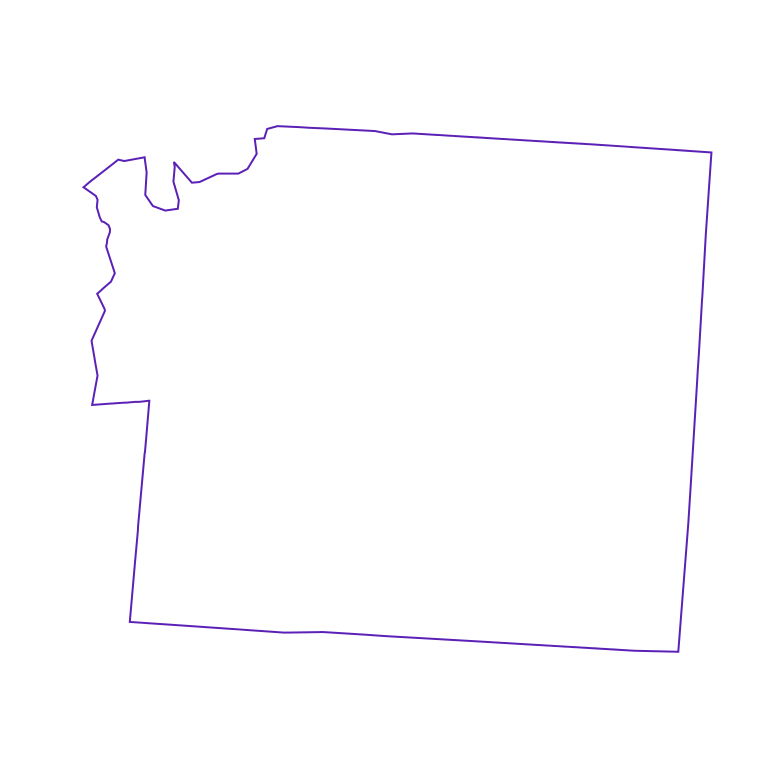 outline of Providence, Rhode Island, United States of America, rotated 185°
{"feature_id": "52423323B73822827864171", "entity_name": "Providence", "entity_type": "district", "adm_level": 2, "iso_a3": "USA", "parent_name": "United States of America", "parent_adm1": "Rhode Island", "projection": "albers", "projection_center": [-71.447, 41.872], "detail": "fine", "context": "isolated", "style": "outline", "palette": "violet", "viewbox_px": 768, "rotation_deg": 185, "n_neighbors": 0, "source": "geoboundaries", "source_scale": "gbopen_adm2", "svg_char_len": 1606}
<svg xmlns="http://www.w3.org/2000/svg" viewBox="0 0 768 768"><g transform="rotate(185 384 384)"><path d="M612.7,587.0L611.4,582.0L611.4,569.5L611.4,567.2L604.4,549.2L604.7,540.6L615.4,538.1L617.0,537.7L629.6,541.1L629.8,541.2L636.7,549.6L638.3,551.5L638.9,574.1L641.8,586.9L642.2,589.0L662.1,583.5L668.3,584.3L681.1,572.3L691.6,562.6L694.3,560.1L700.5,553.8L687.4,546.2L685.4,542.5L685.5,535.0L681.7,525.3L679.4,521.4L676.9,520.9L672.3,518.2L670.5,514.7L670.3,511.4L671.1,508.3L672.3,503.9L672.3,500.2L672.8,497.0L672.4,495.8L661.8,470.9L664.9,462.2L671.8,455.1L674.5,452.1L677.6,448.9L668.9,434.4L668.4,432.5L678.5,403.4L679.1,401.5L674.6,384.4L674.1,382.3L670.1,367.4L672.1,346.5L672.1,346.2L672.9,337.7L671.6,337.9L654.4,340.7L652.0,341.0L651.8,341.1L641.5,342.7L638.6,343.0L637.7,343.2L630.4,344.5L626.7,344.8L623.0,345.5L616.5,346.9L616.3,346.9L616.3,346.0L616.2,309.0L616.2,308.7L616.2,294.8L616.4,294.4L616.6,220.3L616.4,217.0L616.5,184.5L616.5,124.8L560.1,125.9L515.7,126.7L463.0,127.6L460.8,127.7L459.5,127.9L458.0,128.0L424.8,131.4L424.4,131.5L422.4,131.6L382.6,132.6L359.6,133.0L346.5,133.4L320.4,134.2L269.7,135.7L223.0,137.0L111.1,140.1L67.5,142.9L68.7,271.4L69.5,305.2L72.3,414.6L72.6,423.9L72.9,438.2L72.9,439.9L74.5,495.5L74.5,498.5L76.3,556.0L76.5,563.4L78.0,643.2L195.6,640.9L238.1,639.7L377.3,636.1L397.9,633.4L415.1,635.2L463.2,633.5L481.6,632.7L490.8,632.5L512.4,631.6L512.8,631.5L522.6,627.9L524.7,618.4L534.1,616.8L530.9,602.2L538.7,586.4L547.4,580.9L567.1,579.2L569.1,578.5L585.4,569.1L592.9,567.8L612.5,586.7L612.7,587.0Z" fill="none" stroke="#5b21b6" stroke-width="2"/></g></svg>